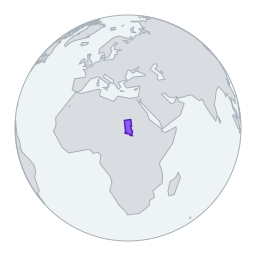 North Darfur on an orthographic globe, rotated 353°
{"feature_id": "SDN-881", "entity_name": "North Darfur", "entity_type": "State", "adm_level": 1, "iso_a3": "SDN", "parent_name": "Sudan", "parent_adm1": "", "projection": "orthographic", "projection_center": [25.452, 15.918], "detail": "fine", "context": "on_globe", "style": "filled", "palette": "violet", "viewbox_px": 256, "rotation_deg": 353, "n_neighbors": 0, "source": "natural_earth", "source_scale": "10m", "svg_char_len": 9309}
<svg xmlns="http://www.w3.org/2000/svg" viewBox="0 0 256 256"><g transform="rotate(353 128 128)"><circle cx="128" cy="128" r="113" fill="#eef3f6" stroke="#a8b0b8"/><path d="M97.4,19.6L98.3,19.4L93.7,20.8L93.5,21.0L91.0,21.8L93.0,21.4L95.4,20.6L97.2,20.2L97.3,20.4L94.0,21.3L93.5,21.4L92.5,21.8L90.9,22.3L91.7,22.1L87.8,23.5L91.8,22.5L88.7,23.9L86.1,24.7L86.2,24.2L80.4,25.9L79.4,26.4L88.3,22.6L97.4,19.6ZM72.5,30.0L66.7,33.7L63.8,35.6L60.0,38.4L61.6,37.4L65.2,34.9L67.2,34.1L71.4,31.5L72.8,30.9L77.1,28.7L76.6,29.7L73.7,31.9L70.1,33.9L68.8,35.0L72.3,33.9L65.6,38.7L61.4,44.0L59.7,45.4L56.2,46.3L56.0,44.1L51.4,46.6L54.5,45.8L50.1,49.8L49.4,50.9L49.7,51.4L51.4,50.2L49.9,52.0L46.4,53.1L47.6,51.5L48.8,51.1L48.6,50.2L46.2,51.6L44.2,53.9L42.7,54.6L41.2,56.3L40.1,57.6L42.5,54.7L38.1,60.1L37.9,60.4L43.8,53.2L50.2,46.5L57.2,40.4L64.6,34.9L72.5,30.0ZM17.4,106.5L17.4,109.3L17.1,110.4L16.9,120.7L18.6,127.1L19.0,132.5L18.6,135.0L19.7,136.9L19.7,138.8L25.7,146.3L30.2,153.4L31.1,159.9L29.3,165.6L32.3,179.9L30.2,181.7L32.8,187.3L36.4,193.5L31.8,186.6L27.7,179.3L24.2,171.8L21.3,164.0L18.9,156.0L17.1,147.9L16.0,139.6L15.4,131.3L15.5,123.0L16.1,114.7L17.4,106.5ZM77.1,28.4L77.1,28.6L76.3,28.9L77.1,28.4ZM79.0,27.4L78.1,27.6L78.9,27.2L79.4,27.0L79.0,27.4ZM80.0,27.2L80.3,26.4L81.7,25.7L84.9,24.6L80.0,27.2ZM96.2,20.3L93.6,21.1L95.6,20.3L96.2,20.3ZM104.2,17.9L102.6,18.3L107.5,17.3L104.8,18.0L102.3,18.5L104.2,18.2L97.0,19.9L100.3,18.8L104.2,17.9ZM98.0,20.0L98.4,19.7L101.8,18.9L101.5,19.3L100.5,19.4L98.0,20.0ZM111.3,16.6L111.9,16.6L112.9,16.5L107.8,17.3L108.6,17.0L111.3,16.6ZM99.8,19.7L101.3,19.6L99.8,20.2L97.8,20.2L99.8,19.7ZM102.7,18.6L104.3,18.2L103.4,18.5L102.7,18.6ZM95.4,22.7L95.9,22.1L97.6,21.6L95.4,22.7ZM102.0,19.5L102.5,19.3L103.2,19.1L103.9,19.2L102.0,19.5ZM108.7,17.3L108.4,17.5L110.8,17.0L111.4,17.1L107.9,17.7L109.6,17.5L109.8,17.6L106.7,18.0L108.7,17.3ZM106.8,18.7L102.6,19.9L101.4,20.9L99.7,21.3L102.0,19.7L106.8,18.7ZM107.0,18.3L106.5,18.6L104.8,18.9L104.0,18.8L107.0,18.3ZM113.0,17.0L113.0,16.6L113.8,16.5L113.0,17.0ZM106.8,18.9L107.8,18.7L106.9,19.0L106.8,18.9ZM111.5,17.5L111.4,17.3L112.3,17.2L111.5,17.5ZM110.0,18.4L108.6,18.7L108.1,18.6L110.0,18.4ZM111.0,17.9L112.2,17.8L108.7,18.4L110.8,17.8L111.0,17.9ZM112.4,17.4L112.9,17.3L112.3,17.5L112.4,17.4ZM112.9,18.7L108.6,19.5L107.4,19.2L111.7,18.5L112.9,18.7ZM178.8,27.5L179.7,28.0L189.2,33.6L188.3,32.8L195.8,38.1L203.0,43.9L209.6,50.3L212.7,53.8L214.1,55.4L219.1,61.7L219.2,61.9L216.3,58.1L215.5,57.2L213.6,54.9L215.2,57.6L212.6,54.5L215.2,58.4L217.3,60.7L216.8,59.2L220.2,64.4L223.2,68.1L226.7,73.8L231.8,85.8L232.5,90.8L233.2,92.9L231.9,91.4L232.5,96.2L236.9,106.1L237.7,109.4L237.6,117.3L237.1,114.8L233.7,110.8L234.7,119.1L237.5,124.2L238.5,131.6L237.1,130.3L235.9,123.9L234.7,122.3L233.8,115.2L230.3,105.7L228.9,108.8L227.8,104.7L222.9,97.7L220.1,102.0L216.6,115.4L218.1,126.2L216.0,131.8L208.6,118.0L204.9,108.1L202.4,109.8L194.6,102.6L181.7,104.6L179.7,102.1L177.3,103.8L171.8,101.9L168.6,97.9L165.4,98.6L173.7,109.2L177.1,108.5L179.8,103.6L181.5,107.6L186.8,110.5L181.5,121.5L162.0,133.0L159.9,125.0L143.9,104.0L144.2,101.5L144.1,101.2L143.9,100.7L142.7,104.8L139.9,100.7L148.7,115.5L150.2,122.1L161.8,133.5L160.7,134.9L164.4,137.1L175.7,132.7L175.8,135.4L170.6,148.5L154.7,166.7L156.7,177.5L155.3,186.8L145.2,193.3L145.9,200.0L140.6,202.6L140.1,206.4L135.7,210.4L128.5,214.1L116.5,214.2L115.9,210.9L110.2,204.4L102.2,187.8L105.4,180.2L104.4,174.0L95.7,159.7L97.6,151.9L95.3,148.4L90.4,149.0L87.6,144.8L84.7,144.5L66.1,145.5L60.4,139.5L53.6,122.3L56.9,116.3L57.5,108.8L80.4,86.1L85.3,88.0L103.4,85.9L105.7,86.9L103.6,92.6L117.2,99.9L121.5,95.1L133.8,98.9L142.0,98.5L144.8,87.7L131.5,88.1L129.1,83.0L139.7,78.2L151.4,78.4L150.8,76.5L143.4,72.4L146.1,68.8L140.9,70.8L143.0,72.7L139.8,74.1L137.7,72.5L138.7,71.2L135.1,70.5L131.2,77.4L133.0,80.1L123.8,81.5L125.8,86.3L123.3,88.5L118.9,81.5L119.3,78.8L111.2,71.5L110.0,74.3L117.6,81.6L115.2,81.0L113.6,85.4L113.0,81.6L105.0,73.4L96.7,74.9L86.1,85.3L81.3,85.9L77.2,83.4L81.0,72.6L91.4,72.5L92.9,69.2L90.8,64.3L94.1,64.9L94.5,63.0L98.5,62.9L104.0,58.7L108.1,58.4L110.2,53.1L112.6,52.4L110.6,55.6L111.4,57.9L121.4,57.8L123.3,56.7L123.9,53.3L126.6,53.9L125.9,50.8L131.6,49.6L124.0,48.6L124.5,45.2L128.0,42.7L126.8,41.6L121.2,45.7L120.2,47.6L121.5,49.4L117.6,55.1L114.1,56.0L113.1,49.8L108.1,50.7L109.5,46.0L123.8,36.9L129.7,35.4L139.6,39.4L138.3,41.3L134.0,40.7L137.9,44.1L137.6,42.4L139.8,43.1L140.9,40.5L142.5,40.9L140.7,37.9L142.8,38.1L143.9,40.0L147.2,36.8L151.6,36.8L151.6,35.9L150.3,35.0L156.7,35.9L156.4,35.3L154.2,34.7L152.1,33.1L151.0,30.8L153.3,31.2L154.0,32.1L158.9,34.9L160.4,37.4L161.3,37.4L160.5,35.3L154.5,31.9L153.2,30.5L156.2,31.8L155.0,31.2L155.1,30.6L157.3,30.5L154.0,29.0L151.6,23.4L155.5,23.1L158.5,24.7L159.2,22.4L163.7,22.9L161.6,22.3L160.6,21.2L159.2,21.0L158.1,20.6L154.8,18.7L155.7,18.8L154.4,18.5L162.7,20.8L170.9,23.8L178.8,27.5ZM72.6,98.1L72.0,100.4L72.6,98.1ZM163.9,84.3L170.8,84.1L167.3,77.8L169.6,77.4L167.6,75.5L167.0,77.4L161.9,72.4L164.7,70.3L163.7,67.7L161.3,67.7L157.0,72.4L164.2,79.4L162.9,82.2L163.9,84.3ZM17.5,109.3L17.3,110.9L17.2,110.4L17.5,109.3ZM21.3,92.3L21.0,93.6L21.0,93.3L21.3,92.3ZM22.1,89.6L21.5,91.5L21.4,91.6L22.1,89.6ZM50.3,49.7L50.5,49.7L50.5,50.4L49.7,50.7L50.3,49.7ZM54.7,50.7L52.2,53.4L53.5,51.5L52.0,52.3L52.8,49.5L58.9,46.0L56.0,47.9L54.7,50.7ZM55.5,45.2L54.3,47.1L55.4,45.2L55.5,45.2ZM92.9,53.9L94.2,55.1L92.7,57.1L87.6,58.4L89.8,55.4L92.9,53.9ZM96.5,56.4L96.9,50.4L100.1,49.6L98.2,51.0L100.3,51.1L97.9,53.4L100.5,58.9L99.3,61.1L90.6,61.8L94.1,60.2L92.6,59.0L96.5,56.4ZM92.3,39.4L92.5,37.6L99.1,38.2L98.1,39.8L93.0,41.0L91.1,39.7L92.3,39.4ZM85.5,25.8L85.2,25.6L86.1,25.3L87.1,25.1L85.5,25.8ZM95.5,22.4L88.0,26.3L87.2,26.2L83.8,29.0L80.4,30.0L82.7,28.1L77.6,31.1L78.3,29.8L75.0,32.0L80.6,27.7L81.1,27.0L81.8,27.4L84.9,26.4L86.4,25.8L91.0,23.5L93.5,21.7L97.0,20.8L98.8,20.6L98.7,20.9L96.5,21.3L98.0,21.4L94.7,22.3L95.5,22.4ZM117.7,23.3L115.1,22.9L117.6,24.6L114.3,25.0L114.8,25.1L112.4,26.0L110.4,27.5L108.9,27.5L108.8,28.1L107.2,28.8L106.5,29.7L103.6,30.1L102.5,31.2L101.7,30.8L100.6,32.7L100.1,31.5L98.0,32.5L99.6,33.2L85.5,34.8L80.0,37.0L75.6,39.7L75.3,37.6L79.2,34.0L85.1,30.3L90.4,28.8L89.3,28.3L91.6,27.5L91.5,28.2L93.0,26.7L94.8,26.2L100.0,23.9L100.9,22.4L102.9,21.6L103.4,22.0L104.9,21.1L107.3,21.4L108.7,21.0L112.4,21.0L112.7,22.4L114.2,21.8L117.1,22.0L117.7,23.3ZM113.9,18.8L114.9,19.9L113.6,20.8L107.6,20.3L106.0,20.7L102.1,20.8L104.1,19.6L105.0,19.7L106.4,19.5L105.2,19.9L107.2,19.4L108.5,19.5L110.4,19.3L110.2,19.7L113.9,18.8ZM108.2,84.8L110.0,85.1L112.7,84.9L111.8,87.8L108.2,84.8ZM102.7,79.3L104.3,78.9L104.3,82.6L102.4,82.5L102.7,79.3ZM105.2,75.8L104.4,78.7L103.8,77.0L105.2,75.8ZM112.1,55.2L113.8,54.9L113.9,55.6L113.0,56.8L112.1,55.2ZM124.3,29.5L123.0,28.9L123.5,28.6L122.8,26.8L125.1,26.6L126.5,27.6L124.3,29.5ZM142.5,89.6L140.2,91.8L138.9,90.8L140.0,90.2L142.5,89.6ZM125.2,89.9L129.1,91.2L124.9,90.6L125.2,89.9ZM126.7,29.0L126.1,28.2L127.7,28.6L126.7,29.0ZM126.8,26.4L128.7,26.6L125.3,26.4L126.8,26.4ZM179.2,224.1L179.4,224.8L177.9,225.2L179.2,224.1ZM174.0,183.5L165.7,199.7L160.5,200.3L159.9,195.9L163.2,186.3L169.3,183.0L172.4,178.3L174.0,183.5ZM239.4,144.7L238.7,146.5L238.1,146.3L238.5,144.1L239.5,142.7L239.6,143.2L239.4,144.7ZM238.5,144.2L237.1,140.8L233.3,128.3L234.7,127.6L238.3,134.0L238.2,135.8L239.0,138.8L238.5,144.2ZM240.4,135.7L240.2,136.4L239.9,130.7L240.0,127.3L240.3,126.8L239.8,114.0L239.8,114.3L240.6,125.0L240.4,135.7ZM218.6,127.1L221.0,132.9L219.7,134.4L218.6,127.1ZM239.1,109.3L239.4,111.3L238.9,108.1L239.1,109.3ZM234.3,95.9L234.1,97.1L233.5,95.5L233.4,93.2L234.3,95.9ZM229.3,78.8L231.3,83.2L232.0,84.8L230.9,82.4L229.3,78.8ZM146.2,28.2L144.6,30.7L145.0,32.9L147.8,34.4L143.2,33.5L142.6,30.2L146.2,28.2ZM150.7,23.9L148.3,22.9L149.7,22.8L150.5,23.1L150.7,23.9ZM148.9,23.6L145.2,23.3L144.2,22.5L147.3,22.8L148.9,23.6ZM136.0,25.6L135.4,26.3L134.1,25.9L136.0,25.6ZM234.8,92.2L234.4,90.9L234.8,92.2ZM157.4,20.6L156.0,20.1L156.7,20.1L157.4,20.6ZM152.6,18.9L152.8,19.3L151.7,18.7L152.6,18.9ZM153.3,20.1L152.4,19.3L154.7,20.4L153.3,20.1Z" fill="#d9dde1" stroke="#a8b0b8" stroke-width="1"/><path d="M126.9,120.0L127.1,120.0L131.8,120.0L131.8,126.5L130.8,126.5L131.2,130.0L131.3,130.1L131.4,130.3L131.6,130.9L131.9,131.7L131.8,132.2L131.9,132.4L132.0,132.5L131.9,132.7L131.7,133.0L131.6,133.3L131.2,133.8L131.2,134.0L131.2,134.5L131.0,134.9L131.0,135.0L131.1,135.3L131.1,135.5L131.2,135.8L131.3,136.0L131.1,136.0L130.3,136.0L130.2,135.9L129.9,135.7L129.7,135.6L129.4,135.6L129.1,135.2L128.8,135.0L128.8,134.9L129.0,134.7L128.6,134.2L128.3,134.0L127.9,133.7L127.7,133.6L127.3,133.6L127.0,133.6L126.4,133.5L126.0,133.5L125.9,133.5L125.9,133.4L126.0,133.2L126.3,132.9L126.3,132.7L126.2,132.6L125.7,132.8L125.4,132.9L125.3,133.0L125.2,133.0L125.0,132.9L124.8,132.8L124.7,132.8L124.6,132.7L124.4,132.6L124.3,132.3L124.5,132.0L125.1,131.3L125.5,130.7L125.5,130.4L125.5,130.2L125.4,130.1L125.3,129.9L125.2,129.8L125.2,129.7L125.1,129.2L125.3,128.4L125.2,128.4L125.2,127.8L125.2,127.3L125.2,126.9L125.2,126.4L125.2,126.0L125.2,125.5L125.2,125.1L125.2,124.6L125.3,124.2L125.3,123.7L125.3,123.2L125.3,122.8L125.3,122.3L125.3,121.9L125.3,121.4L125.3,121.0L125.3,120.7L125.3,120.2L125.6,120.0L125.9,120.0L126.2,120.0L126.4,120.0L126.7,120.0L126.9,120.0Z" fill="#8b5cf6" stroke="#5b21b6" stroke-width="1.5"/></g></svg>